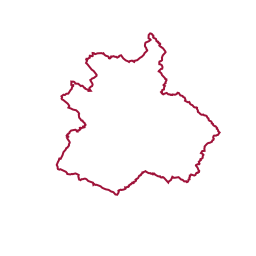 the district of Bawlake, Kayah, Myanmar, rotated 319°
{"feature_id": "60261553B12408734015728", "entity_name": "Bawlake", "entity_type": "district", "adm_level": 2, "iso_a3": "MMR", "parent_name": "Myanmar", "parent_adm1": "Kayah", "projection": "albers", "projection_center": [97.439, 18.919], "detail": "fine", "context": "isolated", "style": "outline", "palette": "rose", "viewbox_px": 256, "rotation_deg": 319, "n_neighbors": 0, "source": "geoboundaries", "source_scale": "gbopen_adm2", "svg_char_len": 5789}
<svg xmlns="http://www.w3.org/2000/svg" viewBox="0 0 256 256"><g transform="rotate(319 128 128)"><path d="M206.7,71.1L204.6,71.4L202.4,73.7L202.5,74.4L202.9,75.1L202.9,76.3L200.7,76.2L197.4,75.1L196.7,75.3L195.0,76.7L194.4,77.6L194.2,79.6L193.6,80.7L193.6,81.8L193.3,82.2L189.5,82.4L188.0,83.1L185.2,83.3L183.1,82.9L179.5,82.9L177.3,81.7L176.0,82.2L175.5,80.7L175.7,80.4L174.8,79.5L173.2,78.7L172.1,78.9L171.8,77.7L170.7,75.6L170.1,72.4L170.5,68.6L169.2,68.0L168.0,68.2L167.8,67.9L167.2,68.1L166.0,67.8L165.8,66.5L165.0,65.9L164.2,64.3L163.4,64.0L162.6,63.3L162.3,63.4L162.1,63.0L160.6,63.7L159.9,63.6L159.4,62.8L160.0,61.7L159.9,60.9L158.6,58.7L158.3,57.2L158.5,55.5L157.8,55.4L157.1,54.1L153.9,51.6L151.8,50.8L151.5,50.5L151.4,49.2L150.5,48.2L149.2,49.9L148.5,50.5L148.0,50.3L146.7,48.4L146.3,48.5L145.6,49.6L145.1,49.9L144.3,49.5L143.3,49.6L142.8,49.1L142.3,49.4L141.9,48.6L141.3,48.9L141.2,50.4L139.0,51.4L139.2,53.3L138.9,60.1L139.5,62.4L139.2,67.3L138.4,68.0L135.0,67.8L133.4,67.1L131.9,67.3L131.2,67.0L130.8,67.5L130.3,70.9L129.7,72.1L128.4,72.8L126.8,72.4L124.9,72.6L124.5,73.5L124.3,75.5L122.5,74.1L123.1,73.4L121.5,70.3L121.8,69.5L121.3,68.8L121.5,67.2L121.1,65.9L119.9,65.4L119.5,62.0L117.5,60.0L117.7,58.2L117.2,56.9L117.2,57.2L115.7,55.8L115.3,56.6L114.7,56.8L113.9,58.0L113.5,58.2L114.0,59.2L114.8,59.7L114.1,60.4L112.8,60.3L111.1,61.6L109.4,61.7L105.5,62.9L103.9,61.7L102.0,61.7L101.2,60.6L98.6,60.4L98.4,61.6L97.1,62.3L97.0,63.3L97.5,64.3L98.5,70.1L98.3,72.0L98.1,72.9L96.4,73.5L97.7,75.8L98.5,77.9L100.5,80.6L100.8,83.9L100.4,85.3L99.7,85.5L98.1,87.9L97.9,88.6L98.0,89.9L97.7,91.3L97.8,92.0L98.5,92.5L98.2,94.1L98.5,95.8L98.2,96.3L98.2,97.5L97.8,97.9L97.3,97.8L97.0,98.1L96.4,98.1L95.0,97.4L94.7,97.9L94.9,98.5L92.5,97.3L92.3,96.7L92.3,96.9L92.1,96.4L91.7,96.3L91.4,96.8L91.4,97.6L89.8,97.8L89.1,97.1L88.5,97.0L87.7,97.7L87.1,97.0L87.5,95.9L87.2,94.8L83.4,92.6L81.1,92.8L80.6,93.3L79.8,93.4L79.2,93.1L78.7,93.3L78.4,93.2L77.6,93.7L77.5,93.3L76.8,93.5L77.2,94.7L76.7,94.6L76.7,94.8L76.3,94.5L76.0,94.6L76.3,95.6L75.3,96.0L74.9,99.7L74.6,100.6L74.1,101.0L72.7,101.5L72.2,102.3L71.0,102.8L70.2,102.7L69.5,103.1L68.1,102.7L66.9,103.4L63.4,103.9L60.7,105.6L56.9,107.1L56.2,106.0L55.5,106.3L54.4,107.2L53.4,107.4L50.0,109.1L49.4,111.2L48.4,112.4L48.2,113.1L48.9,114.4L49.9,114.7L52.4,120.3L52.4,122.0L52.0,122.9L54.0,125.2L55.6,125.9L55.9,126.5L58.5,127.8L59.0,128.7L60.0,131.1L58.5,132.2L58.3,133.1L57.6,134.0L57.3,135.0L57.9,135.6L58.0,136.2L59.4,136.2L60.5,137.1L61.8,137.6L62.7,138.5L63.1,139.7L63.2,141.9L65.7,146.3L64.6,148.2L65.8,148.2L66.0,149.5L67.0,150.2L68.5,152.9L69.1,154.2L69.3,156.1L69.8,157.3L71.0,159.7L72.8,162.0L73.7,165.1L74.5,166.1L74.9,167.0L74.9,169.9L76.1,171.3L78.3,170.6L79.5,169.8L79.5,169.1L80.0,169.0L82.1,169.8L82.3,170.4L84.3,171.6L86.1,172.2L86.5,171.8L86.9,171.0L87.7,171.9L88.7,171.9L89.6,172.7L90.5,172.6L90.9,171.9L92.4,172.1L92.7,172.4L93.2,172.4L93.4,172.1L94.3,172.3L95.5,172.0L96.0,172.4L96.0,172.6L95.5,172.5L95.6,173.0L96.4,173.2L96.9,172.6L97.3,172.5L98.2,173.0L99.3,173.1L100.1,172.5L100.0,172.0L101.2,172.0L101.6,172.3L102.8,172.4L105.1,171.4L105.7,171.5L106.0,171.9L106.9,172.0L107.4,171.5L109.5,171.6L109.7,171.0L112.2,172.0L112.8,172.0L113.6,174.7L114.2,175.9L115.2,176.7L115.4,177.8L116.5,178.2L116.4,179.2L117.1,179.3L117.2,179.7L117.8,179.5L118.1,181.7L119.1,184.3L120.5,185.5L120.2,186.3L120.6,187.2L121.6,187.5L121.7,188.0L122.2,188.1L122.5,189.2L122.6,195.6L123.6,195.1L126.3,195.4L129.5,193.9L129.7,194.4L129.4,195.1L130.7,196.3L133.9,198.3L134.3,201.8L135.2,202.9L135.4,205.2L137.0,206.4L136.8,207.0L136.9,207.5L137.8,207.8L138.8,207.5L139.8,206.6L140.8,207.1L141.9,205.5L142.7,205.5L143.5,204.4L144.3,204.8L145.1,204.5L146.8,207.3L148.0,207.7L149.4,207.0L150.2,206.9L151.1,207.6L151.5,207.2L152.7,207.8L153.6,207.1L153.6,206.0L154.5,203.5L154.6,200.9L155.1,200.6L157.0,201.1L157.9,202.0L158.5,201.9L159.3,199.9L161.8,200.0L161.9,199.2L162.2,199.0L163.4,199.5L164.8,199.5L166.0,198.2L167.3,197.8L167.3,196.4L166.6,194.8L168.9,194.1L170.8,195.5L172.3,193.4L173.1,193.0L173.7,192.2L176.1,191.9L177.9,191.8L179.0,192.1L180.0,192.8L182.3,193.4L183.5,192.7L184.6,193.0L185.7,192.4L185.8,191.4L186.3,190.8L187.4,190.2L188.0,190.2L189.6,191.6L190.5,191.7L191.3,192.2L194.2,191.5L193.9,189.7L194.4,189.2L194.7,188.0L194.5,186.8L195.2,186.5L195.2,184.0L194.6,183.5L194.2,181.7L194.8,180.7L194.2,179.5L194.9,178.9L195.0,177.3L194.2,176.0L194.2,174.6L194.7,174.2L195.0,173.5L194.7,172.2L195.2,170.9L194.9,169.7L193.8,168.4L193.6,167.2L192.8,166.8L192.2,166.2L191.8,165.1L191.7,162.9L191.3,162.0L191.6,161.2L192.0,161.0L192.3,160.4L192.6,158.8L193.4,158.0L193.1,157.3L192.1,156.6L191.5,155.3L191.6,153.0L191.0,152.0L190.7,150.5L191.3,149.1L191.3,148.5L190.6,148.3L190.0,147.7L188.9,144.8L190.0,144.2L190.7,142.2L190.0,140.9L190.2,139.6L188.9,137.7L189.3,134.9L188.5,133.9L187.3,134.3L186.0,134.0L185.3,133.7L183.5,131.8L183.0,132.1L181.7,130.8L181.7,130.1L180.5,129.0L180.2,126.9L177.4,125.8L176.9,125.9L176.6,125.6L176.3,124.1L176.9,123.6L176.5,123.1L176.5,122.5L178.1,122.4L178.9,121.8L180.4,122.5L182.2,120.8L183.4,120.5L182.9,119.0L183.1,118.8L184.4,118.9L185.1,118.6L185.9,118.8L186.4,118.0L188.4,117.2L188.9,116.4L188.4,116.0L188.2,115.5L188.6,114.5L188.4,110.3L189.0,108.8L189.0,107.9L188.8,107.2L188.9,106.5L188.3,105.4L188.7,105.2L191.7,105.1L192.7,105.7L194.0,104.7L194.7,102.9L194.3,101.3L193.5,100.4L194.8,98.8L195.5,98.5L196.8,99.1L198.1,99.2L199.0,98.3L199.7,97.2L201.9,96.0L206.0,95.5L206.4,94.8L206.7,91.1L206.6,90.0L206.2,89.3L206.3,88.7L205.9,88.0L205.7,86.3L205.9,86.0L206.9,86.0L207.4,85.8L207.5,84.8L206.9,84.0L207.3,82.9L206.7,82.7L206.9,81.6L206.5,81.1L207.5,79.1L206.4,76.5L206.6,75.8L207.4,75.5L207.8,74.8L207.5,74.0L207.7,72.9L207.2,71.6L206.7,71.1Z" fill="none" stroke="#9f1239" stroke-width="2"/></g></svg>